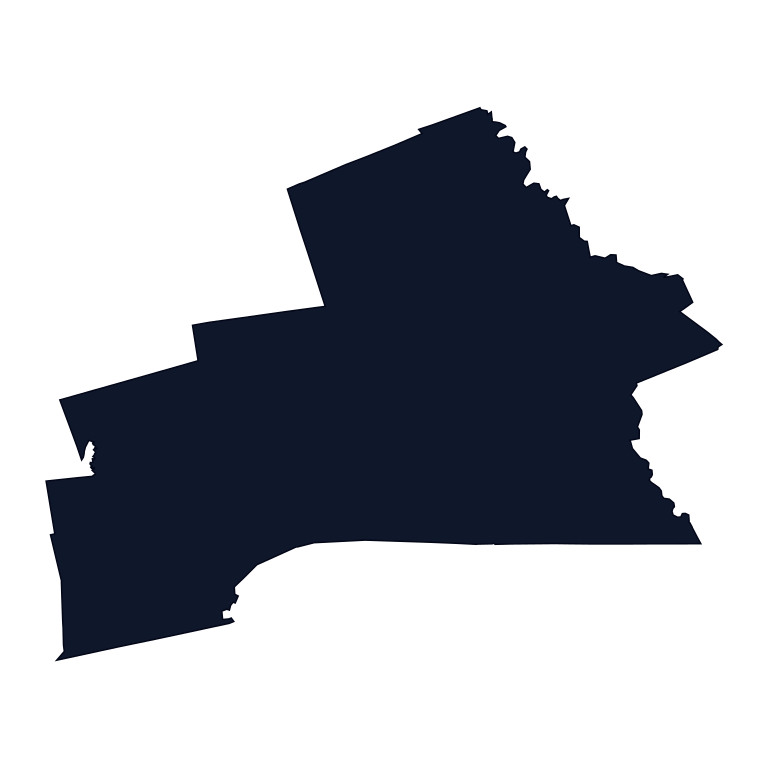 outline of Ungheni, Arges, Romania
{"feature_id": "2599482B46615052617828", "entity_name": "Ungheni", "entity_type": "district", "adm_level": 2, "iso_a3": "ROU", "parent_name": "Romania", "parent_adm1": "Arges", "projection": "equal_earth", "projection_center": [24.938, 44.514], "detail": "fine", "context": "isolated", "style": "filled", "palette": "ink", "viewbox_px": 768, "rotation_deg": 0, "n_neighbors": 0, "source": "geoboundaries", "source_scale": "gbopen_adm2", "svg_char_len": 3268}
<svg xmlns="http://www.w3.org/2000/svg" viewBox="0 0 768 768"><path d="M700.8,543.7L697.2,537.1L692.4,527.9L692.1,527.0L689.9,522.9L689.0,521.9L689.1,520.4L688.7,515.0L685.3,513.4L682.4,513.6L680.8,517.0L677.5,517.2L673.1,515.0L672.0,511.2L672.9,508.4L674.4,506.7L673.8,503.0L669.3,499.1L663.7,498.3L661.8,495.6L661.3,491.0L659.1,487.9L655.4,485.2L651.3,482.4L649.4,480.4L649.8,478.0L651.2,477.0L652.3,474.6L651.9,470.2L648.2,469.0L648.8,463.0L646.2,460.2L640.3,458.0L632.4,448.5L630.6,441.9L629.9,440.2L639.2,438.5L639.3,429.9L637.4,426.9L642.0,414.4L642.0,414.2L641.6,410.6L633.4,397.9L630.8,394.8L637.0,385.6L636.2,383.1L688.6,361.8L717.7,349.4L718.1,346.9L721.9,344.5L718.6,341.7L716.4,339.4L707.7,332.4L679.7,311.6L685.0,307.9L692.7,302.3L682.4,280.0L683.0,278.9L677.7,274.8L667.9,276.8L663.3,277.3L667.7,274.3L661.4,273.4L651.3,275.6L638.4,270.7L632.9,267.4L624.3,266.0L616.6,262.5L616.0,255.0L610.7,254.7L605.1,258.2L595.1,255.8L590.2,257.2L588.8,250.1L587.2,241.4L584.2,241.2L579.3,237.5L579.2,227.2L573.9,224.8L570.9,225.7L564.4,205.5L568.6,198.4L562.9,199.5L560.5,200.5L557.6,198.2L556.4,196.3L554.3,196.9L551.5,198.8L547.3,197.3L546.2,195.2L548.6,190.7L547.3,189.7L544.4,192.1L540.9,189.4L538.9,183.8L533.8,183.2L526.2,187.5L522.9,184.0L523.7,179.9L526.9,174.6L530.2,169.3L529.5,161.6L524.9,157.2L525.6,151.9L527.0,149.1L524.8,146.9L520.9,149.1L519.6,151.9L515.8,153.1L513.0,151.8L514.8,142.5L511.8,137.6L507.5,136.3L498.6,138.4L495.7,135.6L499.2,130.4L505.9,126.7L505.2,125.5L499.6,122.8L495.9,122.1L492.4,121.8L492.0,120.1L492.2,119.1L491.8,117.4L491.3,111.9L487.8,114.4L486.9,110.8L481.2,109.8L480.0,108.2L479.9,107.8L432.2,125.0L418.7,129.4L422.1,133.6L394.0,145.6L364.6,157.4L346.0,164.5L304.4,182.3L299.4,183.9L298.4,184.3L287.4,189.1L300.3,229.8L307.9,252.8L315.0,274.7L325.2,306.4L316.0,307.6L286.8,311.5L271.3,313.7L235.6,318.7L208.9,322.4L192.5,325.3L198.1,360.8L197.2,361.0L162.5,370.9L130.0,380.1L112.8,385.0L112.7,385.0L96.8,389.5L96.3,389.6L62.2,399.3L59.8,399.9L69.1,424.9L77.0,446.4L81.6,460.0L83.3,457.4L84.0,454.4L84.3,451.3L85.4,447.1L88.8,440.4L94.1,442.0L94.2,442.4L93.6,443.0L93.1,442.8L92.6,443.1L93.3,444.7L94.7,445.4L95.5,446.6L95.0,447.6L96.4,448.2L97.2,448.4L94.4,448.7L93.5,449.8L94.9,451.1L95.7,452.6L94.6,453.7L94.6,454.5L92.9,456.5L94.8,457.8L94.3,459.4L92.9,458.6L92.3,458.8L92.8,461.0L92.8,462.1L91.1,462.7L90.4,462.5L90.0,463.9L90.9,465.1L91.8,465.5L92.0,466.7L91.8,466.8L91.1,466.7L90.7,467.1L91.6,468.4L93.4,468.1L94.3,467.8L94.4,468.4L93.9,469.1L92.7,469.6L92.1,470.3L95.1,473.2L95.2,474.3L93.0,475.5L92.8,476.3L78.1,477.7L46.1,481.1L54.8,533.9L50.5,534.8L57.9,565.9L61.7,581.8L61.4,581.9L62.7,620.9L63.1,628.3L63.5,645.0L64.3,651.4L56.7,660.2L117.1,647.1L158.5,638.5L205.6,628.4L229.4,623.3L233.8,621.5L231.2,618.0L229.1,618.9L222.6,619.5L221.8,611.1L226.8,609.2L229.4,610.1L230.6,605.4L233.0,602.2L235.2,603.0L238.2,596.0L234.8,594.3L234.3,587.5L234.6,586.6L243.7,577.9L256.9,564.7L296.2,546.9L297.6,546.9L314.1,542.7L365.3,540.1L398.7,541.2L429.8,542.2L456.9,543.3L476.5,544.3L477.3,544.1L492.3,543.8L493.5,543.2L495.1,544.3L512.3,543.9L533.3,543.7L554.5,543.5L569.6,543.7L589.9,543.9L595.0,543.9L610.4,543.9L630.2,543.9L650.1,543.8L674.3,543.8L700.8,543.7Z" fill="#0f172a" stroke="#020617" stroke-width="1.5"/></svg>